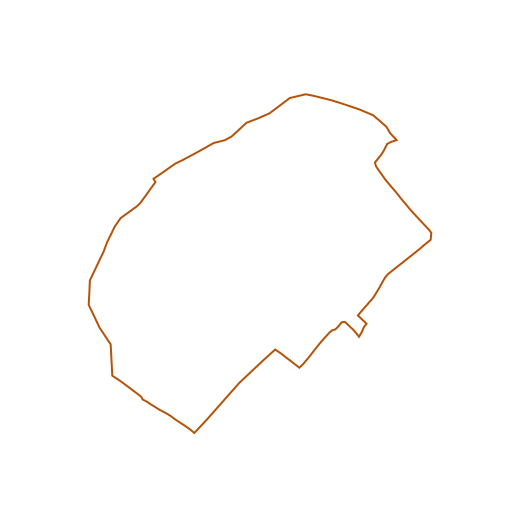 the district of Khsos, Al Qalyubiyah, Egypt, rotated 36°
{"feature_id": "37247803B74269871636707", "entity_name": "Khsos", "entity_type": "district", "adm_level": 2, "iso_a3": "EGY", "parent_name": "Egypt", "parent_adm1": "Al Qalyubiyah", "projection": "orthographic", "projection_center": [31.321, 30.157], "detail": "fine", "context": "isolated", "style": "outline", "palette": "amber", "viewbox_px": 512, "rotation_deg": 36, "n_neighbors": 0, "source": "geoboundaries", "source_scale": "gbopen_adm2", "svg_char_len": 2378}
<svg xmlns="http://www.w3.org/2000/svg" viewBox="0 0 512 512"><g transform="rotate(36 256 256)"><path d="M201.2,95.9L190.5,108.3L183.1,132.6L176.8,143.4L170.0,153.8L166.0,173.8L162.5,180.9L155.4,189.4L146.7,208.2L140.4,221.2L136.3,228.9L130.5,246.0L129.0,250.2L127.7,253.8L131.2,255.3L131.2,264.7L131.3,270.7L131.2,281.9L130.4,285.9L128.8,290.8L124.2,304.9L124.4,315.1L125.1,319.0L127.5,332.7L130.2,342.2L131.2,347.8L133.8,361.8L135.9,373.3L141.6,381.9L149.4,393.9L158.9,399.0L167.3,403.6L171.5,405.9L184.4,410.7L190.3,412.9L195.0,418.6L201.1,426.2L210.1,437.3L212.6,437.2L219.6,436.9L222.9,436.9L230.2,437.0L235.2,437.1L240.8,437.2L246.0,437.4L248.6,438.7L248.8,438.7L253.8,437.9L257.5,437.9L262.2,437.5L267.4,437.2L274.0,436.3L276.9,435.9L280.9,435.6L286.7,435.7L299.7,435.1L305.9,435.1L310.1,435.5L312.4,417.1L313.8,402.7L315.3,386.7L317.1,368.3L320.7,349.1L323.9,332.7L326.5,320.4L333.0,320.2L347.8,320.6L356.7,320.9L357.6,316.2L358.3,307.2L358.7,295.4L359.0,288.4L359.3,285.1L359.7,281.5L360.4,275.2L361.2,271.5L362.3,270.0L363.3,268.8L364.0,264.8L364.2,260.1L364.2,259.4L366.5,257.1L369.7,257.4L373.1,257.9L376.5,258.3L376.9,258.3L379.6,258.8L383.4,259.8L383.8,259.9L386.8,260.8L386.3,255.3L385.1,250.1L385.2,245.8L373.4,244.2L373.7,239.4L374.2,233.6L374.6,229.9L374.7,228.4L374.8,226.8L375.2,223.6L375.3,220.2L375.0,215.9L374.7,212.1L374.4,208.6L374.0,205.8L373.9,204.9L373.4,200.8L373.1,197.0L373.5,192.8L374.3,189.9L375.3,186.2L376.5,181.8L377.6,178.1L379.4,171.7L380.6,167.3L382.0,162.4L384.6,152.7L385.7,147.9L387.8,140.3L384.3,134.3L379.9,132.9L378.8,132.7L377.5,132.5L376.5,132.3L372.8,131.6L372.6,131.6L370.2,131.2L369.9,131.1L367.2,130.6L365.8,130.3L363.9,129.9L360.7,129.3L360.5,129.2L358.2,128.8L357.7,128.7L353.9,127.9L351.1,127.2L350.9,127.1L346.7,126.0L342.7,125.1L342.4,125.0L341.7,124.8L338.1,123.9L337.6,123.7L333.9,122.7L331.0,121.9L330.6,121.8L330.2,121.7L327.3,121.0L325.8,120.7L323.0,120.0L318.5,118.9L318.2,118.8L314.9,117.9L312.0,116.9L310.1,116.3L309.2,116.0L308.8,115.8L308.2,115.6L306.2,115.0L305.7,114.8L303.1,113.9L300.6,112.9L300.4,112.9L297.2,110.4L297.4,107.3L297.5,106.2L297.7,102.0L297.7,98.6L297.3,94.6L296.7,91.3L296.7,91.2L296.3,88.1L297.9,84.9L298.1,84.5L301.6,79.6L292.1,77.7L285.7,74.8L276.1,73.9L267.9,73.3L261.5,74.8L253.7,76.6L235.2,82.4L225.1,85.8L208.6,92.5L201.2,95.9Z" fill="none" stroke="#b45309" stroke-width="2"/></g></svg>